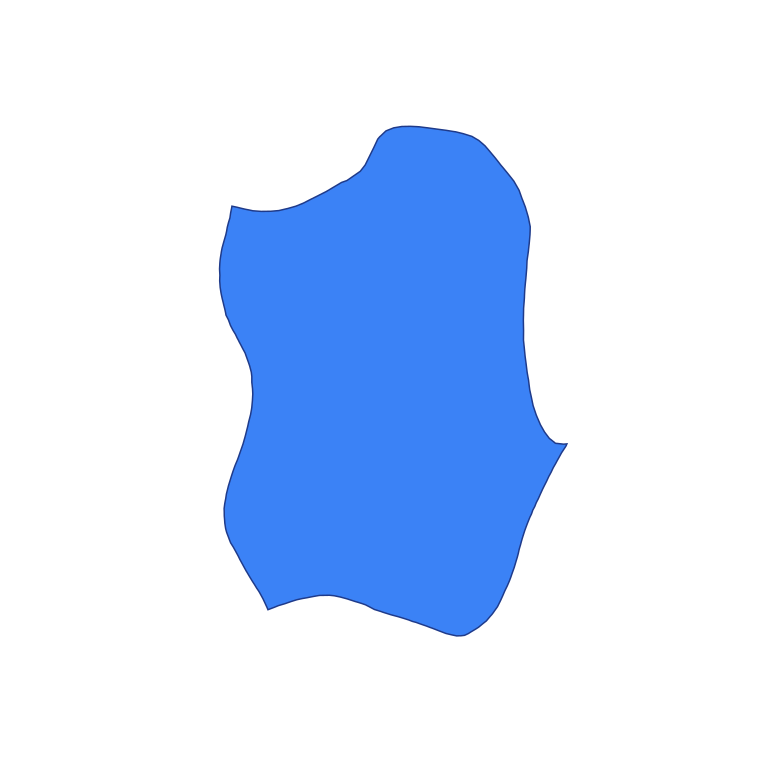 outline of Amd, Hadramawt, Yemen, rotated 310°
{"feature_id": "15242507B45832769830873", "entity_name": "Amd", "entity_type": "district", "adm_level": 2, "iso_a3": "YEM", "parent_name": "Yemen", "parent_adm1": "Hadramawt", "projection": "albers", "projection_center": [47.902, 15.341], "detail": "fine", "context": "isolated", "style": "filled", "palette": "blue", "viewbox_px": 768, "rotation_deg": 310, "n_neighbors": 0, "source": "geoboundaries", "source_scale": "gbopen_adm2", "svg_char_len": 4359}
<svg xmlns="http://www.w3.org/2000/svg" viewBox="0 0 768 768"><g transform="rotate(310 384 384)"><path d="M422.5,153.2L420.6,154.3L416.7,156.4L412.2,159.2L409.6,160.3L407.7,161.1L403.3,163.2L399.9,165.2L396.3,167.1L396.2,167.1L390.1,169.8L384.2,172.5L380.4,174.6L379.5,175.2L375.3,177.7L373.6,178.8L371.3,180.4L369.3,181.9L366.5,184.0L365.2,185.2L361.8,188.4L359.2,190.4L357.3,191.9L355.7,193.5L352.7,196.4L349.1,200.5L347.8,202.1L345.4,205.2L342.7,208.9L341.7,210.2L338.9,214.1L336.7,216.9L335.2,218.7L333.2,223.5L331.2,227.0L330.3,228.5L329.3,230.8L328.0,234.0L326.6,238.2L324.8,242.1L324.2,243.7L323.1,246.2L321.7,249.7L321.4,250.4L319.9,254.0L319.1,256.1L318.5,257.6L316.5,261.0L313.3,266.5L312.2,268.3L311.4,269.6L307.7,274.8L304.8,277.9L300.3,281.7L300.2,281.8L295.8,286.4L291.9,290.0L290.8,290.8L286.8,293.8L280.9,297.9L278.9,299.1L274.7,301.5L268.0,304.7L264.4,306.6L263.0,307.3L260.5,308.5L256.0,310.7L253.4,311.9L251.8,312.6L247.6,314.5L244.2,315.8L243.4,316.1L238.9,317.8L234.2,319.6L231.4,320.6L229.4,321.2L226.8,322.0L225.0,322.6L219.9,324.5L215.2,326.4L210.7,328.3L206.2,330.2L202.3,332.1L198.4,334.0L194.5,336.4L190.9,338.4L190.0,338.9L188.9,339.6L185.8,341.6L183.0,344.1L181.7,345.2L180.1,346.6L178.2,348.5L175.1,351.5L171.9,355.1L171.4,355.7L169.9,357.8L169.1,359.0L166.3,364.0L165.2,365.9L163.7,368.7L162.2,373.4L160.8,377.0L159.1,381.4L158.5,382.9L157.2,385.8L157.0,386.2L156.7,387.0L154.4,392.9L153.3,395.7L153.0,396.5L152.1,398.8L151.6,400.4L151.3,401.2L150.1,404.6L148.6,409.0L147.9,411.2L147.2,413.5L145.7,417.9L145.4,419.1L144.6,421.8L143.1,425.7L141.7,429.3L139.9,433.2L138.2,436.8L137.7,437.9L136.5,440.2L142.6,443.6L146.4,445.6L152.0,449.3L157.7,452.7L162.7,455.9L165.3,457.9L167.1,459.3L171.5,463.0L172.3,463.6L176.1,466.7L180.5,470.4L184.4,474.9L187.1,478.0L189.8,482.0L192.8,487.6L195.8,494.1L196.5,495.9L197.1,497.4L197.8,499.1L198.7,501.4L200.0,504.3L200.3,505.0L201.7,508.4L202.6,510.8L203.0,511.8L203.2,512.9L203.8,515.4L205.1,521.6L205.5,522.5L207.8,528.0L208.4,529.7L209.1,531.4L211.8,537.9L214.8,544.3L216.4,548.0L219.1,554.5L220.4,558.4L222.0,561.8L223.3,565.4L224.9,569.6L225.8,571.9L227.1,575.7L227.9,577.8L229.0,581.0L230.0,584.0L232.7,591.8L234.6,595.6L235.4,597.2L237.8,601.7L238.6,602.5L240.6,604.8L243.3,607.3L247.2,609.1L249.2,609.7L252.4,610.8L255.6,611.9L258.5,612.8L264.0,613.8L266.9,614.4L268.2,614.7L271.8,614.7L274.4,614.7L276.8,614.8L279.0,614.7L281.0,614.5L286.3,614.1L292.1,612.7L293.7,612.3L298.0,611.1L303.3,609.5L308.6,608.2L313.9,606.6L317.6,605.3L321.2,603.9L327.4,601.6L327.6,601.5L333.8,598.8L337.1,597.4L340.5,595.8L344.1,593.9L347.0,592.6L347.8,592.3L351.4,590.6L355.0,589.0L358.4,587.6L362.3,586.0L365.9,584.7L369.0,583.6L371.4,582.8L375.7,581.4L379.0,580.6L379.6,580.4L383.2,579.0L383.9,578.9L387.2,578.2L389.5,577.4L391.1,576.9L395.5,575.9L400.3,574.5L402.9,573.8L405.0,573.2L409.5,572.1L413.9,571.1L419.0,569.7L424.0,568.7L427.7,567.7L429.0,567.4L433.5,566.6L436.8,565.9L437.4,565.8L441.5,565.0L443.6,564.6L444.0,564.5L445.7,564.2L449.9,563.7L451.8,563.5L453.8,563.2L455.7,562.6L453.4,560.3L449.8,554.9L448.8,553.5L448.7,547.6L448.6,545.7L449.4,542.2L450.4,537.9L453.3,530.1L457.1,522.5L458.2,520.4L459.0,519.1L463.3,512.1L465.5,509.3L468.1,506.0L473.2,499.4L476.8,495.5L479.9,492.2L481.8,489.9L485.0,486.1L490.7,480.0L492.8,477.7L496.0,474.2L501.4,468.7L507.3,462.6L514.6,456.6L522.5,449.7L526.4,446.6L531.7,442.3L536.9,438.6L540.1,436.3L542.9,434.1L546.9,431.1L551.8,427.7L555.8,425.0L564.3,419.0L570.4,414.3L578.3,409.4L580.5,407.9L585.3,404.7L588.6,402.4L592.3,399.8L595.4,397.4L598.5,394.9L603.2,389.0L604.1,387.9L605.1,386.5L610.4,378.5L614.1,371.8L614.6,370.8L619.2,363.0L622.9,353.0L624.3,346.2L625.0,342.7L625.8,338.4L626.8,332.7L628.6,324.3L630.1,315.9L631.4,308.1L631.4,306.7L631.5,300.0L631.0,297.2L630.2,292.2L626.7,283.8L623.2,276.7L622.3,275.3L618.3,268.6L612.9,260.1L608.3,252.8L606.4,249.9L603.7,245.7L602.3,243.8L598.2,238.4L595.2,235.0L592.8,232.2L586.5,226.8L581.0,223.8L579.1,222.8L571.9,222.0L570.7,221.8L567.6,221.8L558.6,224.2L539.7,228.8L531.7,229.1L516.0,224.8L511.1,221.9L502.5,218.9L494.2,216.0L487.7,213.2L486.2,212.6L478.2,209.1L470.8,206.0L463.6,202.2L456.8,197.6L456.5,197.4L455.2,196.4L449.3,192.0L443.6,186.3L437.3,179.0L432.4,172.2L430.6,168.8L428.6,165.2L426.2,160.4L425.1,158.1L422.5,153.2Z" fill="#3b82f6" stroke="#1e3a8a" stroke-width="1.5"/></g></svg>